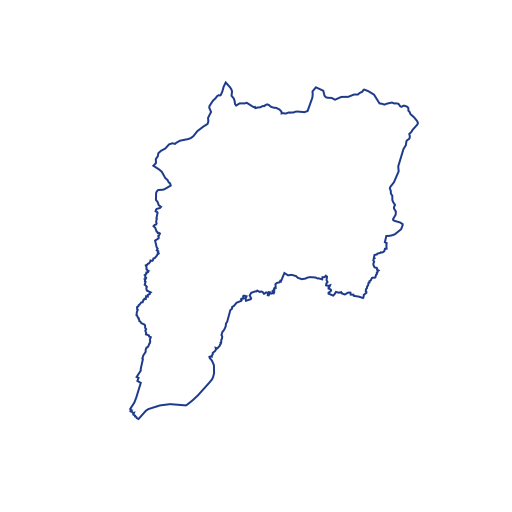 the district of Phrom Khiri, Nakhon Si Thammarat, Thailand, rotated 110°
{"feature_id": "78962969B66960801991597", "entity_name": "Phrom Khiri", "entity_type": "district", "adm_level": 2, "iso_a3": "THA", "parent_name": "Thailand", "parent_adm1": "Nakhon Si Thammarat", "projection": "orthographic", "projection_center": [99.833, 8.549], "detail": "fine", "context": "isolated", "style": "outline", "palette": "blue", "viewbox_px": 512, "rotation_deg": 110, "n_neighbors": 0, "source": "geoboundaries", "source_scale": "gbopen_adm2", "svg_char_len": 6114}
<svg xmlns="http://www.w3.org/2000/svg" viewBox="0 0 512 512"><g transform="rotate(110 256 256)"><path d="M206.3,383.3L207.9,376.4L209.1,373.3L213.8,367.9L214.8,365.2L216.7,363.1L217.1,361.6L219.0,360.2L224.6,364.9L225.5,366.0L227.4,370.4L229.1,371.3L231.0,371.4L237.5,369.2L239.1,366.7L241.5,364.8L242.3,362.1L243.8,362.7L245.7,365.4L246.9,365.8L248.4,365.6L248.5,363.8L249.0,363.3L254.5,362.5L254.8,362.0L257.9,361.6L259.5,360.5L260.6,360.7L261.5,361.9L263.0,362.5L264.0,360.3L267.1,357.7L267.2,356.8L268.1,356.1L267.5,354.8L267.7,354.0L269.8,354.1L270.7,354.7L271.9,353.7L272.8,353.6L276.0,356.1L281.7,352.4L282.7,350.9L284.5,351.2L284.9,349.6L285.5,349.9L286.2,349.5L286.7,348.3L287.4,348.4L288.0,349.2L289.2,349.2L292.6,350.4L293.3,351.5L295.6,351.5L296.1,352.0L296.3,353.6L297.4,353.4L299.7,354.1L300.2,354.9L301.9,355.4L301.9,355.9L302.5,356.4L304.0,355.1L306.0,354.3L306.1,353.5L306.8,353.1L306.9,352.0L307.5,352.5L308.1,352.0L308.8,352.5L309.1,353.4L310.2,353.0L311.8,353.9L311.9,353.4L313.8,352.9L314.1,351.8L315.1,351.8L315.9,352.7L316.5,352.0L317.9,351.7L318.1,350.9L321.0,350.8L321.4,349.6L322.4,348.0L323.7,348.1L325.8,346.8L326.2,342.5L327.2,343.1L328.1,342.8L329.6,344.4L331.2,343.8L331.4,345.5L334.1,344.9L334.3,346.2L335.1,346.1L335.8,346.8L338.2,346.7L338.8,347.9L341.7,348.9L342.4,349.5L343.5,349.3L344.7,350.3L346.8,349.4L347.0,348.7L349.4,348.8L352.6,348.0L352.7,347.3L354.3,345.9L354.6,344.8L355.7,344.5L356.1,343.8L357.1,343.3L357.2,342.3L358.3,340.8L358.6,337.2L359.1,336.6L361.5,335.5L362.3,334.2L364.0,334.5L365.9,332.9L367.3,332.6L367.2,329.5L368.2,328.9L368.3,327.1L370.8,327.1L372.7,326.1L374.4,326.0L374.7,326.3L377.8,326.3L379.0,326.8L379.5,327.6L381.9,327.6L383.8,326.9L387.9,327.9L391.3,327.7L391.6,327.0L401.5,325.7L403.1,325.1L410.5,326.8L410.7,324.7L414.0,324.7L414.6,320.9L429.7,320.1L435.3,320.2L442.7,321.9L442.8,321.4L443.7,321.1L443.6,320.1L444.9,320.6L445.0,319.0L445.6,317.9L445.0,317.0L447.0,317.0L447.4,314.9L448.2,314.7L448.3,313.3L449.1,312.6L449.4,310.7L439.0,306.5L436.6,304.7L429.3,295.2L424.6,286.1L420.4,270.9L419.3,269.9L413.8,266.5L407.0,263.0L391.1,256.6L387.2,255.2L384.9,254.9L380.5,255.3L373.0,258.2L369.4,261.6L367.7,264.6L366.7,265.3L366.2,264.7L365.7,263.1L364.9,263.6L363.4,263.0L361.8,263.5L359.4,262.0L357.4,261.6L356.1,262.5L356.0,260.7L352.5,259.3L351.7,259.5L350.3,259.0L349.5,259.7L348.8,259.2L346.8,259.9L345.5,259.7L343.1,260.2L342.1,261.4L338.8,261.6L336.3,260.7L332.6,260.4L329.6,261.1L327.7,260.6L315.7,261.6L313.6,260.5L312.1,261.0L310.3,259.6L306.6,258.3L303.2,254.5L302.5,254.4L301.8,255.2L301.2,255.2L300.3,253.3L299.8,252.9L298.7,254.2L297.7,254.2L297.3,253.4L297.1,251.1L299.8,251.2L301.5,250.1L298.4,246.2L297.4,246.1L295.3,248.4L292.2,247.9L289.5,244.6L289.2,243.6L288.1,243.0L288.5,240.0L287.6,239.1L287.5,237.6L288.8,235.6L288.0,234.7L287.0,234.3L286.5,233.3L287.3,231.7L288.8,231.5L288.7,230.7L287.4,230.4L285.5,231.3L285.3,230.2L286.0,229.5L286.1,228.7L285.4,227.9L285.1,226.6L284.0,226.5L284.0,227.6L283.4,228.5L281.9,227.7L281.9,227.1L281.3,227.2L281.2,227.7L280.2,227.9L279.3,227.3L279.2,226.6L275.8,228.1L274.2,227.2L272.7,224.9L271.1,224.7L271.4,223.9L262.3,223.5L263.2,219.2L261.5,216.1L261.2,211.5L262.2,209.2L262.1,205.0L260.3,201.8L258.9,200.5L257.4,198.1L255.9,193.0L256.0,190.2L255.6,189.6L255.3,185.8L253.2,186.3L252.4,184.3L250.7,183.7L251.1,182.2L254.5,181.5L256.0,179.9L257.8,180.5L259.6,180.1L259.3,177.7L258.2,176.4L259.7,176.4L261.0,177.0L261.8,176.7L261.9,174.4L262.4,173.7L263.7,173.8L265.7,175.3L266.6,174.9L266.8,169.9L264.6,169.0L262.4,168.6L262.2,165.6L260.9,163.8L261.5,163.5L261.4,162.7L261.8,162.4L261.8,159.4L258.9,156.9L258.1,154.8L259.9,153.8L259.0,151.2L260.0,150.5L259.0,145.5L258.9,141.1L257.8,140.9L255.7,141.4L252.7,139.7L251.8,140.1L251.6,140.8L249.7,141.3L248.1,140.7L246.7,141.2L245.3,140.6L242.9,141.1L242.1,140.3L241.0,140.8L239.6,139.8L237.1,139.6L236.4,138.9L235.9,137.2L235.3,136.5L232.6,136.8L231.6,136.2L230.3,136.8L229.6,136.3L228.8,136.6L227.7,135.9L227.5,137.5L226.2,138.0L225.8,138.6L226.2,140.0L225.9,141.0L224.5,142.4L223.2,143.1L221.0,143.0L220.1,144.2L218.0,144.5L217.5,143.9L216.8,144.7L214.5,145.0L213.3,143.0L212.3,142.8L210.6,140.3L209.9,140.0L209.7,138.9L208.8,137.9L207.6,137.1L205.1,137.3L204.5,135.8L201.2,137.2L199.2,137.6L199.0,139.6L192.7,140.4L191.1,136.9L189.2,134.1L187.9,132.8L181.2,128.8L177.1,128.7L175.9,129.1L175.2,132.2L175.6,137.8L175.2,139.5L174.2,139.8L169.5,138.9L166.5,139.7L164.1,142.6L163.1,143.0L160.4,142.9L158.5,145.5L156.8,147.0L152.8,148.5L151.2,150.6L148.9,151.5L146.6,153.4L145.1,153.4L139.5,151.6L127.7,150.9L123.1,153.0L105.0,154.0L100.5,153.1L96.8,153.9L95.4,153.5L93.7,152.2L92.6,152.0L90.9,152.4L88.9,153.7L86.4,152.5L83.9,152.0L77.7,149.5L76.3,149.2L75.4,149.5L74.1,150.8L71.7,154.7L69.9,159.3L68.2,160.8L67.4,162.4L64.7,163.6L64.1,164.9L63.9,167.0L64.3,168.8L65.9,170.1L66.1,170.8L65.8,172.1L64.6,173.5L64.3,174.5L64.6,176.4L65.4,178.3L65.3,180.7L68.0,185.0L69.8,187.1L69.9,189.9L70.4,192.1L64.0,200.3L62.7,206.8L62.6,211.3L63.2,211.8L65.3,212.3L67.2,214.2L69.4,215.5L70.8,219.2L75.0,223.9L77.3,230.2L82.1,235.2L81.6,239.0L82.8,242.8L82.9,244.6L82.0,246.4L77.7,249.3L77.0,257.4L82.0,259.2L84.7,258.0L87.9,257.2L102.1,257.1L104.3,259.7L106.0,266.3L107.1,268.6L108.4,269.9L109.1,272.2L109.8,273.0L109.8,274.1L112.0,276.8L112.6,279.7L113.3,280.7L111.6,281.5L110.3,284.1L109.9,287.8L110.5,289.6L110.7,292.5L110.1,294.8L109.7,295.4L109.7,297.4L111.1,298.9L112.2,299.3L112.9,301.1L114.8,302.8L116.0,305.5L117.2,306.9L117.2,307.3L116.3,308.0L116.8,308.7L116.7,310.3L115.2,317.1L116.5,318.8L118.2,323.6L121.4,326.1L120.3,327.7L117.3,329.3L115.4,331.0L113.8,333.8L109.5,334.8L107.8,336.2L106.4,338.0L103.3,343.8L107.9,344.3L113.2,343.9L116.9,344.2L117.5,344.8L117.7,346.1L118.9,347.1L121.9,348.1L124.8,349.6L130.9,351.0L132.6,350.7L136.0,347.5L142.6,348.3L145.9,346.8L148.5,346.7L152.3,349.7L158.7,353.8L165.0,355.9L167.6,357.7L169.3,359.7L173.6,366.8L176.8,369.6L178.3,370.4L178.7,373.2L180.9,375.9L186.0,378.0L189.7,381.3L192.8,382.9L196.0,382.4L199.1,383.3L202.9,381.8L206.3,383.3Z" fill="none" stroke="#1e3a8a" stroke-width="2"/></g></svg>